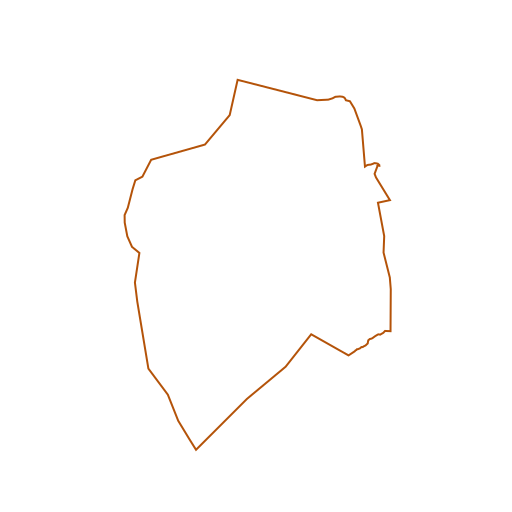 Biger, Govi-Altay, Mongolia, rotated 49°
{"feature_id": "93677404B62512479236782", "entity_name": "Biger", "entity_type": "district", "adm_level": 2, "iso_a3": "MNG", "parent_name": "Mongolia", "parent_adm1": "Govi-Altay", "projection": "mercator", "projection_center": [97.259, 45.717], "detail": "fine", "context": "isolated", "style": "outline", "palette": "amber", "viewbox_px": 512, "rotation_deg": 49, "n_neighbors": 0, "source": "geoboundaries", "source_scale": "gbopen_adm2", "svg_char_len": 1231}
<svg xmlns="http://www.w3.org/2000/svg" viewBox="0 0 512 512"><g transform="rotate(49 256 256)"><path d="M229.9,93.0L226.8,91.7L209.2,85.0L200.8,83.6L197.4,86.0L195.4,85.4L193.8,85.6L192.6,86.2L190.6,88.0L187.9,91.7L187.2,94.8L185.4,98.9L178.5,107.7L111.0,154.3L132.4,183.4L138.4,221.4L119.7,261.1L114.6,272.0L121.6,289.7L119.7,297.4L124.6,305.3L135.5,321.1L138.9,328.3L144.7,333.2L156.7,340.2L167.8,343.6L177.2,342.0L196.6,364.8L212.5,375.5L270.4,411.1L302.7,413.5L302.8,413.5L329.3,422.8L350.3,426.4L362.9,428.4L357.9,356.4L359.0,306.3L351.3,265.7L391.7,251.4L392.7,243.9L392.5,242.8L392.8,242.0L392.6,240.9L393.2,240.2L393.9,238.1L393.9,236.2L394.7,235.3L394.9,233.8L395.4,232.0L395.3,230.4L395.3,229.1L394.3,227.9L393.3,226.6L393.3,224.6L394.1,223.1L394.4,222.0L394.5,220.5L394.7,218.5L395.2,215.6L395.6,214.8L396.8,213.9L396.9,213.3L397.5,210.3L397.2,207.8L401.0,203.8L369.5,176.1L360.0,169.1L337.1,157.5L325.1,146.2L295.8,129.0L301.7,118.3L275.4,113.9L271.8,112.6L267.9,105.5L267.5,105.2L267.7,104.6L268.4,104.0L268.8,103.7L268.3,103.3L266.3,103.5L264.9,104.5L263.5,105.8L263.3,106.8L262.3,109.4L260.9,111.4L260.4,112.3L260.2,113.5L260.0,115.1L229.9,93.0L229.9,93.0Z" fill="none" stroke="#b45309" stroke-width="2"/></g></svg>